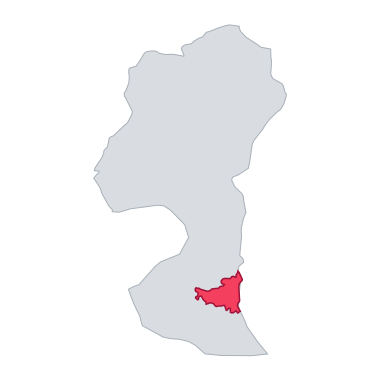 Saldus on a map of Latvia (orthographic projection), rotated 268°
{"feature_id": "LVA-1068", "entity_name": "Saldus", "entity_type": "Municipality", "adm_level": 1, "iso_a3": "LVA", "parent_name": "Latvia", "parent_adm1": "", "projection": "orthographic", "projection_center": [22.32, 56.635], "detail": "fine", "context": "in_parent", "style": "filled", "palette": "rose", "viewbox_px": 384, "rotation_deg": 268, "n_neighbors": 0, "source": "natural_earth", "source_scale": "10m", "svg_char_len": 3298}
<svg xmlns="http://www.w3.org/2000/svg" viewBox="0 0 384 384"><g transform="rotate(268 192 192)"><path d="M286.7,289.7L284.3,289.4L277.6,287.2L271.7,283.7L268.1,278.8L261.9,272.1L258.0,268.7L251.8,264.5L241.5,255.8L237.8,253.9L220.1,250.7L213.7,249.1L207.5,238.9L205.4,233.0L202.5,232.0L199.4,233.4L196.1,234.7L188.4,242.0L185.9,243.1L181.1,243.4L169.7,245.2L164.4,242.8L155.4,240.2L150.5,239.8L146.1,240.0L126.9,237.5L123.4,240.6L119.9,241.2L116.4,236.5L112.1,235.2L107.5,236.9L98.9,237.1L88.7,235.6L75.8,234.5L73.8,235.0L59.4,241.1L55.9,242.0L40.1,252.3L27.5,261.9L26.3,246.2L27.7,214.8L29.8,199.3L38.4,190.4L42.7,183.4L45.3,174.0L46.2,165.3L48.0,158.1L60.2,137.6L69.8,135.4L82.7,129.8L97.0,125.0L99.8,131.0L101.2,135.7L118.7,152.4L123.2,158.0L130.3,177.4L146.7,187.0L159.5,183.6L164.9,178.7L174.9,169.6L179.3,163.0L180.0,156.8L177.4,130.2L174.4,118.7L175.1,111.5L176.9,111.9L181.0,108.3L194.8,101.4L197.5,101.0L200.7,99.5L209.3,94.3L212.2,96.8L214.7,99.6L216.0,99.6L216.5,98.5L216.3,96.6L216.8,95.2L219.4,95.9L229.9,103.4L234.0,105.1L236.7,105.5L240.1,109.1L248.9,111.2L250.1,113.1L250.9,115.5L259.6,125.2L263.6,130.1L271.2,134.4L274.4,135.3L286.8,129.7L290.3,127.8L293.2,127.6L296.4,129.9L303.5,132.7L309.7,133.4L310.8,133.1L316.1,133.0L318.0,134.2L319.8,140.6L326.1,145.2L332.0,149.0L333.6,150.9L334.3,154.6L334.3,159.1L333.8,161.4L331.7,164.2L330.2,171.0L330.4,177.4L328.0,188.6L328.8,188.8L335.4,186.3L337.5,187.2L339.1,189.6L340.2,196.4L342.7,199.3L345.4,204.0L346.4,207.7L351.1,211.8L351.7,214.7L355.3,224.7L356.8,230.5L357.7,235.0L356.8,240.9L356.0,245.0L354.6,244.8L350.7,246.2L344.8,251.5L336.4,263.4L334.2,266.0L332.4,274.7L331.8,275.6L326.3,275.6L324.8,275.5L319.4,276.1L307.3,274.8L302.7,276.5L297.2,285.5L294.9,287.0L287.9,288.6L286.7,289.7Z" fill="#d9dde1" stroke="#a8b0b8" stroke-width="1"/><path d="M81.8,235.8L80.9,235.5L79.1,234.2L78.3,233.7L76.2,233.6L71.1,236.0L71.1,235.9L69.4,233.6L69.6,233.2L70.1,232.8L70.8,232.6L71.3,232.3L71.7,231.7L71.4,231.2L69.8,229.1L70.0,228.3L69.8,227.7L69.9,227.2L70.4,226.1L71.8,226.2L72.4,226.0L73.0,226.1L73.6,226.4L74.5,226.0L74.6,224.8L74.2,224.3L72.8,223.2L72.5,222.8L72.5,222.1L74.7,221.4L76.5,221.0L77.5,220.4L77.7,219.9L77.6,219.4L77.4,219.0L77.2,218.1L77.1,217.6L77.0,217.3L77.1,216.3L77.1,214.5L76.7,212.4L77.1,211.5L77.7,210.9L79.1,210.1L79.6,209.4L79.9,208.8L80.3,207.7L80.6,207.1L80.6,206.6L80.5,206.1L80.0,204.6L79.4,202.2L81.4,202.2L82.5,201.0L83.5,199.9L84.3,199.3L85.9,198.6L86.4,198.2L87.6,197.9L87.6,196.5L87.0,195.6L86.6,195.1L86.2,194.8L85.9,194.8L85.5,194.9L85.1,194.9L84.3,194.5L84.0,194.0L84.2,193.6L85.1,193.0L85.2,192.7L85.9,191.9L87.0,192.1L87.3,192.4L87.4,192.8L87.4,193.2L87.9,193.8L89.9,194.7L91.0,194.4L91.7,193.6L92.2,193.2L92.7,192.1L94.4,191.8L95.3,192.0L96.0,192.4L96.1,192.7L95.9,193.1L95.7,193.5L95.7,194.8L95.6,195.4L95.4,195.8L95.1,196.2L94.8,196.6L94.4,197.5L93.1,201.3L92.2,204.2L93.0,207.0L94.3,208.2L94.7,211.4L94.9,215.2L96.5,216.7L97.1,220.1L98.3,221.1L99.6,218.4L101.9,218.0L103.7,219.4L104.5,221.3L104.1,227.2L105.9,228.7L106.1,229.3L106.3,230.4L106.0,230.9L105.7,231.4L105.3,233.0L107.2,233.2L108.0,233.4L109.7,234.7L111.4,235.2L109.7,236.4L103.2,239.1L102.5,239.2L101.7,238.9L99.7,236.8L98.5,236.1L98.4,236.0L95.4,235.4L81.8,235.8Z" fill="#f43f5e" stroke="#9f1239" stroke-width="1.5"/></g></svg>